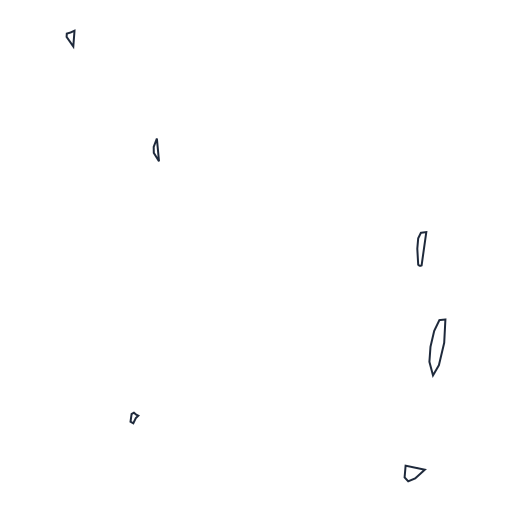 the Atoll of Haa Alifu
{"feature_id": "MDV-5223", "entity_name": "Haa Alifu", "entity_type": "Atoll", "adm_level": 1, "iso_a3": "MDV", "parent_name": "Maldives", "parent_adm1": "", "projection": "equal_earth", "projection_center": [73.045, 6.964], "detail": "coarse", "context": "isolated", "style": "outline", "palette": "slate", "viewbox_px": 512, "rotation_deg": 0, "n_neighbors": 0, "source": "natural_earth", "source_scale": "10m", "svg_char_len": 706}
<svg xmlns="http://www.w3.org/2000/svg" viewBox="0 0 512 512"><path d="M445.4,319.5L444.2,342.8L438.9,365.2L433.0,375.4L429.4,361.8L430.5,346.7L434.2,330.9L439.4,320.1L445.4,319.5ZM426.3,232.1L421.6,265.4L420.6,265.8L419.8,265.8L419.6,265.7L419.0,265.4L418.2,264.7L417.3,248.7L418.2,238.3L420.9,232.8L426.3,232.1ZM405.6,465.7L424.8,469.7L415.2,478.4L408.2,481.3L404.6,477.4L405.6,465.7ZM74.5,30.7L74.5,30.9L73.3,46.5L66.6,36.9L66.8,33.6L70.6,32.5L74.5,30.7ZM156.9,138.5L156.9,138.8L159.0,161.3L153.8,152.9L153.7,146.9L156.9,138.5ZM138.3,415.7L135.8,418.1L133.3,423.3L131.0,422.0L130.7,421.8L130.5,421.7L131.6,414.0L133.9,412.7L136.1,414.6L138.3,415.7Z" fill="none" stroke="#1e293b" stroke-width="2"/></svg>